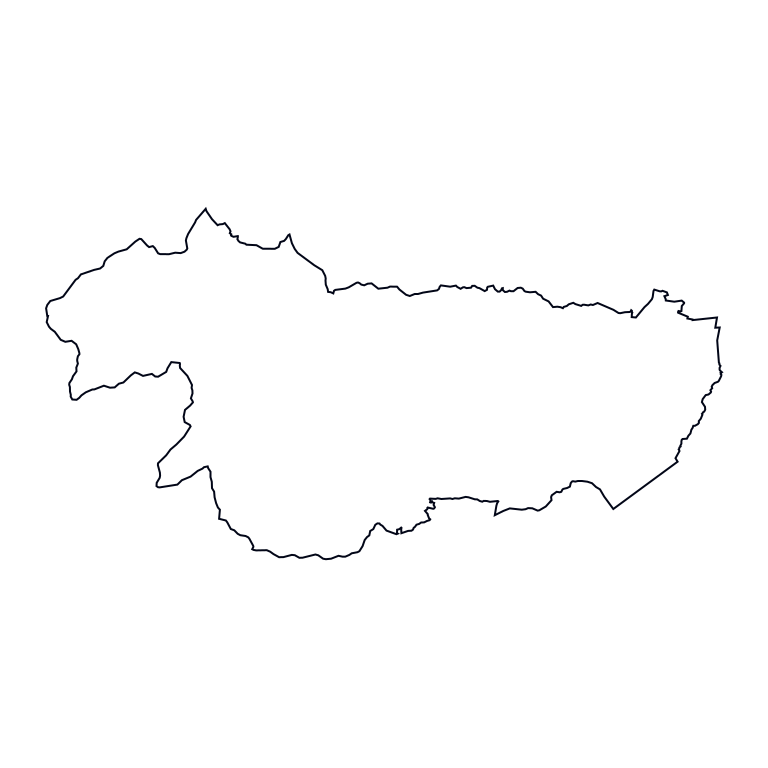 Densus, Hunedoara, Romania
{"feature_id": "2599482B28304052342107", "entity_name": "Densus", "entity_type": "district", "adm_level": 2, "iso_a3": "ROU", "parent_name": "Romania", "parent_adm1": "Hunedoara", "projection": "albers", "projection_center": [22.719, 45.565], "detail": "fine", "context": "isolated", "style": "outline", "palette": "ink", "viewbox_px": 768, "rotation_deg": 0, "n_neighbors": 0, "source": "geoboundaries", "source_scale": "gbopen_adm2", "svg_char_len": 6084}
<svg xmlns="http://www.w3.org/2000/svg" viewBox="0 0 768 768"><path d="M613.3,509.0L677.6,461.7L675.5,458.2L679.5,451.0L678.7,449.4L679.2,449.0L679.4,447.5L680.6,446.5L680.3,445.9L681.4,443.7L681.4,441.2L681.8,439.7L682.6,439.0L686.9,438.7L688.4,435.7L690.4,433.5L691.4,429.7L692.6,427.9L693.3,425.8L694.9,425.8L697.8,424.2L698.9,422.9L698.8,421.1L700.8,418.7L702.4,414.8L702.0,413.9L702.5,413.6L702.8,412.5L704.2,411.6L705.2,409.7L705.0,406.8L701.9,402.1L702.7,399.1L705.7,395.1L708.5,394.5L710.8,392.5L711.1,391.7L710.4,390.2L712.2,388.2L711.7,386.8L712.4,385.2L714.6,383.0L717.9,381.8L718.8,380.9L721.1,376.3L721.4,374.9L720.7,374.1L721.1,373.3L720.7,372.9L721.9,372.2L719.9,370.4L719.6,369.6L719.6,367.8L720.5,365.9L719.4,364.6L719.4,363.3L718.9,362.7L717.2,340.4L719.7,327.5L715.3,327.7L717.0,317.5L692.6,320.1L692.6,319.5L687.4,318.5L687.8,316.7L678.1,312.7L678.0,312.1L678.5,311.0L680.5,311.4L681.4,311.1L681.8,306.0L684.1,303.3L684.1,302.6L681.7,300.6L674.3,301.7L665.8,300.5L665.7,299.1L664.4,296.2L667.9,295.0L666.9,292.4L662.5,290.8L661.2,291.4L659.7,291.3L654.3,289.6L653.5,291.0L652.7,297.0L651.9,299.2L648.0,303.9L644.5,307.1L635.9,317.5L631.7,317.1L631.9,313.7L632.3,312.6L631.9,312.2L631.9,310.8L631.2,310.2L630.5,311.6L629.6,312.0L625.0,312.2L620.2,313.2L618.5,313.0L613.4,309.8L597.6,303.0L592.9,305.0L590.7,304.5L588.3,305.4L584.0,304.7L582.6,304.8L581.2,305.9L575.4,304.1L573.3,302.8L568.8,304.3L566.8,306.0L563.8,306.9L562.9,308.2L560.6,307.2L557.4,306.7L553.0,307.1L548.6,301.4L543.1,298.7L541.1,295.6L538.1,294.2L535.6,291.8L530.0,292.3L525.8,291.7L524.5,291.1L522.7,288.6L520.8,287.7L517.6,288.0L513.5,291.2L510.9,291.2L509.5,290.6L507.0,291.8L504.9,292.0L502.8,290.1L502.8,288.1L502.0,288.3L501.1,290.2L499.6,291.6L497.8,291.6L495.0,289.2L493.2,285.6L487.8,286.8L487.2,287.5L487.0,289.8L484.7,291.1L479.4,288.1L477.4,287.7L474.7,285.8L472.2,285.9L471.0,287.7L466.5,288.1L464.4,287.2L463.0,287.3L460.6,288.8L457.3,287.0L455.9,285.6L450.2,286.7L440.9,285.4L439.7,286.8L438.9,289.0L437.1,290.4L423.0,292.6L418.0,294.0L414.7,294.0L409.8,296.0L406.1,294.8L399.4,289.5L397.1,286.7L390.0,286.6L387.5,287.7L378.3,288.7L371.6,283.4L367.7,283.7L364.2,285.3L361.3,284.6L359.6,283.2L358.0,282.5L356.5,282.8L348.8,287.3L345.4,288.6L335.3,289.9L334.0,290.8L333.3,293.4L330.7,292.2L328.1,291.9L327.7,289.2L325.8,284.7L325.5,280.5L325.7,278.5L325.2,275.9L322.3,270.2L314.2,265.2L297.6,252.9L294.7,248.9L291.9,243.2L289.5,234.5L288.3,235.2L285.8,239.1L284.1,240.9L280.4,242.0L278.7,246.9L274.8,248.8L262.7,248.7L256.5,245.2L246.4,244.7L245.3,243.7L240.1,242.4L238.5,241.0L237.4,239.2L237.9,236.8L237.8,236.1L233.5,236.8L231.3,235.8L231.0,235.2L231.3,234.3L229.8,233.2L230.5,231.3L229.6,229.2L224.8,223.1L222.8,224.1L219.5,224.4L217.6,225.2L212.0,219.2L206.5,211.2L205.7,208.8L196.1,219.9L195.1,222.4L188.1,234.0L186.4,238.2L185.9,240.5L187.3,248.5L186.7,249.7L184.5,251.7L180.7,253.1L175.2,252.7L169.0,254.2L160.1,254.1L158.1,253.3L154.7,247.9L152.8,246.1L149.1,247.1L147.1,245.5L141.3,239.1L139.5,238.8L135.3,241.6L126.7,249.3L118.4,251.6L114.4,253.3L107.5,257.8L104.7,261.3L103.3,265.9L100.1,268.5L94.1,269.9L80.9,274.4L78.0,278.2L75.6,279.8L63.2,296.5L60.0,298.1L50.3,301.0L47.3,304.9L46.1,308.3L47.3,316.2L48.0,316.1L46.7,322.1L49.0,326.7L50.8,328.8L54.8,331.8L60.7,339.8L65.3,341.8L71.6,340.8L76.2,344.3L78.3,349.2L79.4,353.2L79.4,354.3L77.9,356.2L77.2,359.4L77.2,360.9L77.9,363.6L76.3,367.6L76.5,371.4L73.0,376.2L71.9,379.3L69.4,383.0L69.2,384.8L69.9,387.0L70.0,391.6L70.8,394.8L70.7,396.6L72.3,399.5L76.6,399.8L79.3,397.8L81.4,395.4L85.8,392.3L92.3,389.5L94.4,389.4L103.9,385.7L110.0,387.7L114.7,387.4L118.9,383.7L123.4,382.5L130.8,375.4L134.8,372.4L138.3,373.5L143.0,375.9L151.9,373.9L155.2,376.5L158.1,376.7L166.2,371.9L167.5,368.3L171.3,362.1L179.7,363.0L180.0,363.9L179.8,365.7L180.1,368.0L187.4,375.9L192.0,385.0L191.6,387.9L192.4,390.4L192.5,393.5L190.9,398.4L192.7,401.4L192.9,402.4L190.1,405.6L185.0,409.9L183.6,416.8L184.7,422.1L189.8,424.9L190.6,426.4L184.1,436.6L176.4,444.5L170.5,449.5L166.2,455.3L158.0,463.3L157.9,465.2L159.9,472.6L160.1,475.6L159.7,477.8L156.7,482.8L156.5,486.1L158.0,487.2L159.6,487.4L177.4,484.6L181.9,480.2L190.6,476.6L197.7,470.9L202.5,468.6L204.0,467.2L207.7,466.4L208.2,468.2L210.5,471.7L210.5,477.1L211.8,481.8L212.0,488.2L214.1,491.6L214.6,497.3L216.1,503.1L217.9,507.5L219.9,509.7L219.1,518.8L225.9,520.5L227.3,522.4L230.8,529.0L234.3,530.3L237.7,533.8L240.3,535.2L245.6,536.0L248.2,537.3L249.3,538.6L253.2,545.8L253.4,546.8L252.2,549.2L253.5,549.9L256.1,550.4L266.8,550.2L270.2,551.7L273.5,554.1L279.1,557.2L283.5,557.1L291.8,554.9L294.8,555.2L299.4,557.8L302.6,557.7L315.4,554.5L318.3,555.3L323.1,558.7L325.9,559.2L331.1,558.7L338.5,555.8L342.7,556.7L345.2,556.7L349.4,554.9L351.7,553.3L357.5,552.2L359.4,551.2L362.6,546.1L364.7,540.0L367.0,537.1L369.3,535.4L370.2,531.0L373.3,529.1L375.3,524.8L377.4,523.4L379.5,523.5L380.3,524.6L382.5,525.9L386.5,530.6L396.4,534.2L397.8,533.6L397.0,533.1L397.1,529.7L399.2,529.2L401.2,527.6L401.5,527.9L401.2,529.1L401.4,533.2L408.1,530.9L411.5,530.7L413.0,529.6L413.7,527.8L415.0,526.8L416.5,524.7L419.2,523.9L421.1,522.5L424.1,522.4L427.1,520.9L429.6,520.2L430.2,519.3L429.1,518.4L427.7,514.9L427.8,514.2L425.0,510.9L427.1,509.3L427.7,508.4L427.4,507.9L427.7,507.5L433.2,508.8L434.2,508.4L434.9,507.2L433.6,504.9L434.2,502.9L432.4,502.3L432.1,501.6L431.0,502.6L430.1,502.3L430.6,500.5L429.6,499.1L430.0,498.6L435.7,498.9L437.6,498.3L441.4,499.0L450.2,498.4L452.4,499.0L454.8,498.3L458.9,498.6L465.6,496.9L468.5,497.3L474.8,499.3L477.3,499.4L479.8,501.0L482.3,501.7L483.7,500.9L486.9,501.0L489.9,501.8L497.8,501.0L498.3,501.4L497.1,503.3L496.4,505.7L494.8,515.2L503.2,511.0L509.8,508.4L521.8,509.7L525.6,509.2L528.1,508.1L532.3,508.3L537.6,510.6L539.3,510.3L545.8,506.5L551.5,500.2L551.1,497.1L551.8,495.3L556.6,491.8L559.7,492.3L561.3,491.8L562.4,489.6L563.3,488.9L567.1,488.0L569.9,486.6L570.7,483.2L571.9,481.6L572.9,481.2L575.3,481.6L577.9,481.0L582.0,481.0L587.4,481.7L592.0,483.2L596.0,487.0L600.0,489.4L604.2,496.6L613.3,509.0Z" fill="none" stroke="#020617" stroke-width="2"/></svg>